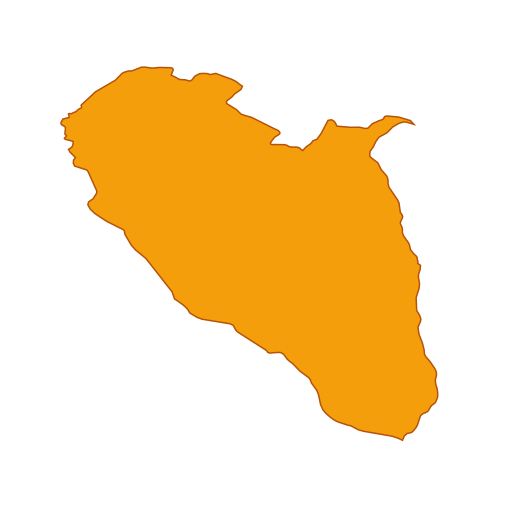 outline of Casanare, rotated 82°
{"feature_id": "COL-1422", "entity_name": "Casanare", "entity_type": "Intendancy", "adm_level": 1, "iso_a3": "COL", "parent_name": "Colombia", "parent_adm1": "", "projection": "equal_earth", "projection_center": [-71.807, 5.325], "detail": "fine", "context": "isolated", "style": "filled", "palette": "amber", "viewbox_px": 512, "rotation_deg": 82, "n_neighbors": 0, "source": "natural_earth", "source_scale": "10m", "svg_char_len": 3650}
<svg xmlns="http://www.w3.org/2000/svg" viewBox="0 0 512 512"><g transform="rotate(82 256 256)"><path d="M147.6,81.3L144.4,88.3L143.9,90.4L143.9,92.0L144.6,96.3L147.3,102.7L152.3,109.3L155.4,117.5L157.2,119.5L159.4,121.4L164.4,124.8L168.4,128.5L171.6,129.3L173.6,129.3L180.8,122.3L187.7,120.1L194.9,115.5L197.5,114.8L200.1,114.8L202.4,115.2L206.3,114.8L220.0,108.1L223.3,107.0L232.8,107.0L235.6,105.6L237.6,105.3L238.8,105.8L242.2,108.1L244.1,108.6L247.9,107.4L250.1,107.3L252.8,107.8L256.1,107.2L261.0,104.9L262.8,103.8L264.8,102.9L267.2,102.4L271.0,102.2L275.6,99.6L278.7,97.1L280.1,96.6L281.6,96.9L283.6,96.4L285.8,96.8L288.3,94.4L292.5,95.4L296.4,97.5L299.4,98.1L306.2,97.9L310.5,98.9L319.5,103.2L331.6,104.4L332.9,104.3L335.8,102.9L338.4,102.0L341.0,101.5L343.2,102.0L348.2,104.9L348.9,105.5L355.9,105.5L365.6,103.3L372.2,102.6L376.9,102.8L379.6,101.7L384.8,98.3L393.5,94.1L396.8,93.6L399.3,93.9L403.3,95.6L405.2,95.8L408.6,95.8L412.2,95.1L416.6,95.1L419.8,95.5L421.6,96.1L425.8,98.5L426.8,99.8L428.3,102.6L429.3,103.8L433.1,106.8L434.0,108.0L434.7,109.8L435.1,111.7L435.8,113.6L437.4,115.5L445.9,119.7L448.3,121.5L451.2,124.7L452.3,126.3L452.6,127.8L452.7,130.8L454.9,134.2L458.9,136.6L456.4,140.3L453.5,146.0L444.6,173.7L442.5,178.6L437.2,185.9L436.4,188.4L432.1,197.3L429.3,201.4L425.3,205.5L421.1,209.0L417.4,211.2L412.2,212.7L402.2,213.4L397.5,214.5L389.6,218.7L386.7,219.3L384.1,220.5L375.9,228.7L367.6,234.7L365.0,237.4L362.6,239.4L357.2,242.3L355.1,244.9L354.5,248.0L354.0,256.2L353.0,257.8L350.9,258.9L328.7,284.8L326.5,286.4L321.5,288.2L319.5,291.2L311.1,318.2L308.4,323.1L306.9,324.9L303.5,329.2L301.9,330.1L300.2,330.6L298.1,331.9L294.6,334.7L288.4,341.2L287.3,342.6L279.8,344.1L243.1,365.4L233.2,374.5L227.9,378.0L216.5,382.7L215.0,382.9L213.5,382.8L212.2,383.1L211.0,384.4L201.1,398.8L191.5,409.7L186.6,413.6L181.8,415.4L179.3,414.3L177.9,411.9L176.8,409.5L172.0,405.4L170.6,404.7L169.2,404.7L148.9,410.6L147.2,411.7L141.8,423.0L138.9,424.0L135.7,423.4L133.3,421.1L127.3,425.7L124.3,426.8L123.0,424.0L122.3,423.0L120.6,422.0L118.8,421.4L117.4,421.1L116.6,422.1L113.8,428.8L112.8,429.4L112.1,428.6L111.3,427.5L110.4,426.9L110.1,427.1L109.7,427.6L109.1,428.1L108.2,428.2L103.4,427.0L102.2,426.9L101.1,427.5L99.4,429.7L98.7,430.4L97.3,430.7L96.4,430.3L93.5,428.2L93.0,423.5L92.9,422.1L92.0,421.5L90.9,421.7L89.9,422.0L89.0,421.8L89.0,420.7L89.2,419.7L89.3,418.3L88.5,416.8L88.4,415.7L88.0,414.3L85.8,411.0L85.4,409.7L85.4,408.9L84.8,408.3L84.2,408.0L82.3,408.2L71.0,392.0L62.4,370.9L56.6,363.3L55.8,361.4L55.0,356.4L55.5,353.3L53.1,343.4L53.4,340.1L55.5,332.6L55.9,324.9L57.8,313.7L58.6,312.4L60.3,312.1L65.1,314.8L68.1,310.4L70.2,307.7L70.9,305.8L71.6,301.8L73.6,297.1L72.7,294.9L69.5,291.6L68.3,288.7L67.6,286.2L67.7,283.9L68.3,280.1L68.7,278.6L69.1,277.6L70.0,276.3L69.6,270.3L70.6,268.7L77.7,255.4L79.8,252.3L81.7,250.1L83.1,249.0L86.0,245.8L88.6,247.4L89.6,248.8L92.6,254.8L94.9,257.4L98.5,263.6L100.9,263.9L108.3,255.0L113.6,250.9L115.4,247.2L118.1,241.1L132.0,220.9L135.0,216.3L136.5,215.4L137.8,215.2L138.7,216.1L139.4,217.5L140.6,220.3L141.4,221.5L144.2,224.4L145.9,225.8L146.9,226.1L147.8,225.1L149.5,213.4L149.9,211.8L150.7,209.9L152.3,208.0L152.9,206.1L153.4,203.7L153.8,200.7L154.4,199.0L155.3,197.6L156.2,197.1L158.1,195.0L155.2,191.6L152.3,186.1L149.8,183.5L148.9,179.5L143.8,174.5L131.7,165.8L131.6,162.4L132.4,161.1L133.7,159.7L135.7,158.7L138.6,157.9L139.0,156.5L141.8,144.0L142.9,135.4L144.7,130.9L145.1,127.6L141.3,122.5L140.5,120.3L140.0,118.1L139.2,115.8L138.5,111.8L137.8,110.7L135.9,109.3L135.6,108.1L135.7,106.3L138.2,95.5L143.4,84.2L147.6,81.3Z" fill="#f59e0b" stroke="#b45309" stroke-width="1.5"/></g></svg>